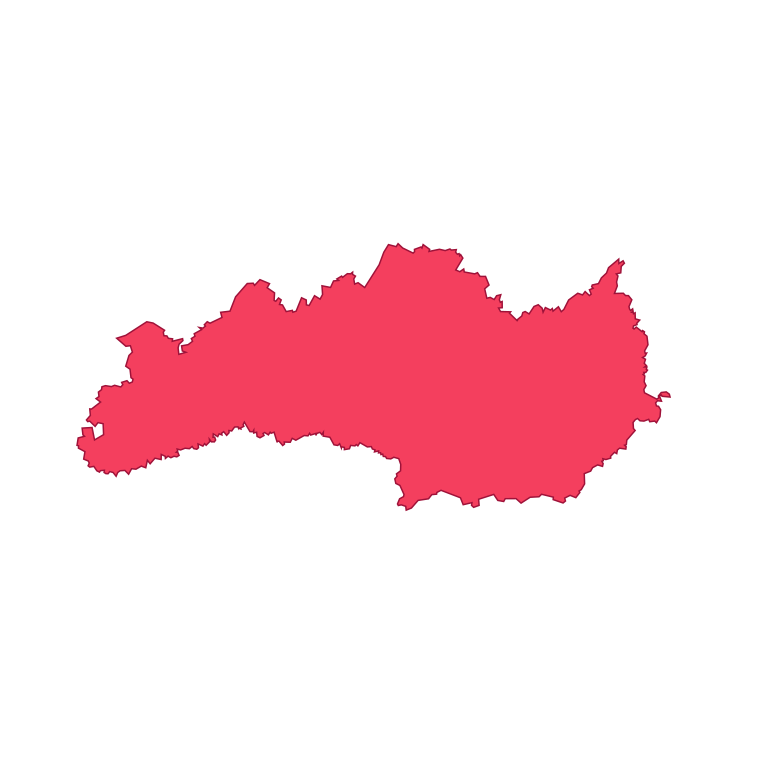 Thabo Mofutsanyane, Free State, South Africa (orthographic projection), rotated 36°
{"feature_id": "47623444B5552574832417", "entity_name": "Thabo Mofutsanyane", "entity_type": "district", "adm_level": 2, "iso_a3": "ZAF", "parent_name": "South Africa", "parent_adm1": "Free State", "projection": "orthographic", "projection_center": [28.545, -28.29], "detail": "fine", "context": "isolated", "style": "filled", "palette": "rose", "viewbox_px": 768, "rotation_deg": 36, "n_neighbors": 0, "source": "geoboundaries", "source_scale": "gbopen_adm2", "svg_char_len": 6170}
<svg xmlns="http://www.w3.org/2000/svg" viewBox="0 0 768 768"><g transform="rotate(36 384 384)"><path d="M623.1,226.4L620.8,224.5L617.0,224.5L613.3,227.9L613.0,232.4L614.4,233.6L613.6,235.9L599.9,238.0L597.5,235.8L597.0,231.3L593.2,229.3L590.3,224.2L588.0,224.0L588.6,222.7L587.4,221.9L589.0,220.7L589.0,217.9L587.6,218.0L586.7,215.7L584.9,217.0L585.5,214.9L582.4,214.3L581.0,210.3L577.6,210.6L578.8,207.8L578.3,204.6L577.3,205.6L575.4,204.1L574.5,197.1L568.7,190.8L564.8,190.5L564.1,188.7L562.5,188.7L561.9,188.8L562.4,189.6L562.0,190.0L554.6,189.7L554.0,192.5L552.6,192.5L551.7,190.3L553.8,187.2L552.8,186.3L553.3,182.0L549.0,183.6L545.3,178.8L544.5,180.5L542.9,179.0L542.9,179.9L542.3,180.3L542.6,178.6L541.0,177.1L540.3,179.6L538.7,179.1L536.7,177.4L535.0,170.2L529.8,168.8L527.4,170.5L524.3,169.9L517.2,175.3L515.1,167.5L512.2,164.8L509.8,159.1L507.2,158.4L510.2,154.9L506.8,149.4L507.5,145.0L505.0,143.8L503.2,148.5L500.5,145.0L497.3,157.9L498.8,163.5L497.5,170.4L498.5,176.7L494.3,181.5L494.8,183.2L496.9,183.6L494.8,187.0L498.8,189.5L498.2,191.7L492.4,191.0L492.3,195.2L487.4,196.7L484.0,207.5L485.7,218.0L484.9,221.3L479.7,219.0L477.9,225.7L475.8,224.0L475.2,226.3L469.6,227.3L470.5,232.4L467.4,229.7L462.2,229.2L459.8,233.1L460.2,242.0L455.6,242.4L454.3,244.6L455.5,248.0L454.0,253.8L455.1,254.6L443.9,253.0L444.0,251.2L435.7,256.9L432.0,255.2L434.8,252.8L431.1,247.8L430.1,249.5L427.8,248.1L426.0,243.1L423.2,246.4L423.5,250.9L419.0,251.5L416.8,254.2L409.5,247.8L410.8,242.2L402.9,237.3L398.4,240.5L394.2,239.0L392.6,241.6L383.1,246.2L380.9,244.1L379.3,248.6L375.0,249.6L373.8,235.8L370.0,234.3L369.9,235.8L368.1,234.4L367.1,235.9L364.5,235.3L363.5,232.8L359.7,236.1L358.0,236.0L355.1,240.1L349.7,242.4L342.5,250.3L341.8,248.2L333.7,248.2L334.8,251.7L333.4,251.4L329.5,257.2L331.0,259.0L330.6,261.0L319.2,263.0L312.9,262.2L313.1,265.7L305.7,268.6L306.4,277.5L310.0,290.4L311.7,317.3L303.5,317.3L301.5,320.4L297.8,316.8L297.5,313.5L294.1,313.8L292.9,312.0L292.2,314.5L289.5,316.3L287.8,322.1L286.3,321.6L284.1,326.7L286.4,326.9L282.6,330.3L284.0,337.3L276.1,341.0L281.7,347.7L282.4,352.9L275.9,353.4L277.3,364.5L274.7,365.6L271.7,361.7L266.6,362.7L270.1,376.7L268.1,379.5L266.6,378.3L262.3,382.9L255.4,379.7L252.7,381.1L251.4,376.4L248.1,376.4L247.8,380.7L246.0,381.0L241.9,374.6L232.9,374.8L232.4,370.1L222.3,372.5L221.3,380.3L219.0,379.3L214.3,383.1L212.7,400.7L216.6,415.6L209.7,422.0L213.8,425.4L207.5,437.1L204.4,437.5L203.8,441.7L205.5,442.1L204.7,445.2L201.3,446.9L204.5,447.2L200.9,454.9L203.0,456.5L201.4,460.5L204.0,462.0L202.4,467.3L197.8,472.1L201.4,475.8L205.1,474.8L200.6,480.6L196.2,475.8L194.8,472.3L195.8,467.1L194.4,465.7L187.6,473.9L186.4,471.7L182.7,473.8L180.1,472.7L177.6,474.3L175.0,471.8L174.9,469.5L161.4,470.4L155.5,473.1L146.5,496.4L140.8,504.1L153.0,505.2L156.3,502.1L161.7,506.1L160.9,510.8L164.6,521.4L169.8,521.3L175.6,527.6L178.1,527.6L179.2,530.3L177.5,533.1L174.1,532.4L170.8,536.9L173.1,538.1L172.8,541.1L166.8,543.4L165.0,546.3L159.6,549.1L157.4,552.0L158.8,554.6L157.7,558.4L160.8,561.7L159.6,565.1L165.3,565.2L162.1,576.2L160.6,577.1L164.9,582.0L164.4,588.0L166.4,588.6L167.8,587.0L175.2,588.1L175.3,583.4L180.1,581.2L186.9,589.8L182.7,599.4L173.4,590.8L165.7,597.1L170.3,602.1L172.4,602.4L168.3,607.4L171.7,614.1L173.2,613.5L174.5,615.5L181.8,614.5L185.2,621.3L190.0,620.1L192.0,621.2L192.7,624.1L194.8,624.2L197.7,621.2L202.7,623.0L205.6,622.5L205.5,620.8L208.5,618.1L209.5,620.1L211.7,620.0L213.5,618.8L213.6,616.1L216.8,614.8L221.5,616.1L220.6,612.1L221.5,609.3L225.2,606.2L230.4,607.1L229.6,600.9L233.4,598.7L235.9,593.1L240.5,591.8L237.4,584.8L241.7,586.0L242.3,578.7L248.1,576.1L245.2,571.9L249.5,571.1L250.9,572.7L251.7,569.3L254.9,568.9L256.6,565.9L259.2,564.7L260.2,562.2L257.4,560.5L256.1,561.2L256.5,559.5L254.9,558.2L258.2,556.9L260.8,552.9L264.6,550.7L265.5,547.3L268.1,548.1L270.9,546.8L271.4,544.6L268.8,541.8L274.0,540.7L273.9,537.7L276.1,538.1L276.9,533.1L275.2,531.3L278.4,532.2L280.8,530.5L280.7,528.3L278.2,526.5L277.0,527.6L275.2,524.7L280.4,524.3L279.9,521.2L282.8,520.5L281.6,519.2L282.3,516.8L286.9,518.0L287.3,514.5L285.9,512.8L288.4,511.5L288.4,506.7L291.0,504.5L292.1,505.2L291.7,504.1L292.5,505.2L294.7,504.5L293.9,503.8L295.5,500.6L293.9,499.7L293.4,496.9L303.6,501.3L306.0,499.7L305.8,498.0L307.4,500.2L309.3,497.9L312.1,501.0L315.3,500.4L317.2,496.2L315.2,495.1L316.0,493.4L320.4,493.1L320.2,489.9L321.6,490.2L323.4,487.6L331.9,494.0L331.4,492.9L332.8,492.0L338.2,493.3L338.8,491.1L337.4,489.6L342.4,486.2L341.7,481.9L345.7,481.3L349.7,472.6L353.0,470.6L352.8,467.6L354.7,468.4L357.9,464.1L359.1,465.6L358.7,463.4L360.6,460.8L363.4,461.5L363.3,458.7L365.4,461.9L371.5,458.9L379.3,462.6L382.7,460.9L383.2,458.4L387.1,460.8L386.6,459.8L389.2,458.6L390.5,460.4L394.1,456.7L393.1,453.3L396.9,451.1L397.2,449.3L399.2,449.4L399.0,445.6L407.5,444.7L410.5,442.1L412.8,443.4L415.5,442.6L416.2,444.5L419.0,441.3L420.0,443.0L421.6,441.6L423.0,442.9L424.2,441.5L426.0,443.0L427.9,441.8L429.9,442.7L433.5,440.6L435.0,437.5L439.8,435.7L444.8,439.2L448.4,444.5L446.9,449.4L448.8,450.9L448.5,454.4L452.0,457.5L456.5,456.7L465.1,461.6L466.0,463.6L464.1,467.7L465.4,473.1L467.0,473.9L469.0,471.6L473.5,470.2L476.1,473.0L479.1,468.2L480.0,458.1L487.5,450.7L487.7,445.4L491.3,442.2L490.5,440.7L492.6,436.5L512.7,431.1L519.0,435.1L524.9,428.3L526.1,430.7L529.0,431.1L532.3,426.3L528.3,421.6L537.7,408.8L544.5,411.3L549.9,408.7L549.5,405.5L558.2,399.1L564.9,399.8L568.8,389.7L575.7,384.1L576.3,380.6L587.5,376.0L588.8,378.1L598.8,375.0L599.6,372.0L597.2,370.1L600.0,364.7L606.0,363.2L606.2,356.6L604.7,355.9L605.7,353.6L605.0,346.9L598.7,338.8L602.4,333.0L601.9,329.1L604.4,323.9L609.2,322.2L608.1,319.6L605.6,318.5L606.5,317.1L605.0,315.8L607.9,314.7L611.0,310.7L609.8,309.3L610.6,303.8L613.2,303.5L611.6,300.2L612.3,297.5L617.9,294.5L616.8,292.4L614.6,292.1L615.7,290.6L613.4,286.7L614.5,274.0L612.0,273.4L608.1,268.7L608.3,265.0L609.4,262.9L612.7,263.3L616.1,261.2L618.9,257.0L621.2,258.3L624.8,254.9L627.2,255.2L626.5,248.2L622.9,242.2L619.2,240.7L617.3,241.6L614.8,239.6L615.1,236.8L618.6,234.8L613.9,231.8L614.8,229.9L616.2,230.5L623.1,226.4Z" fill="#f43f5e" stroke="#9f1239" stroke-width="1.5"/></g></svg>